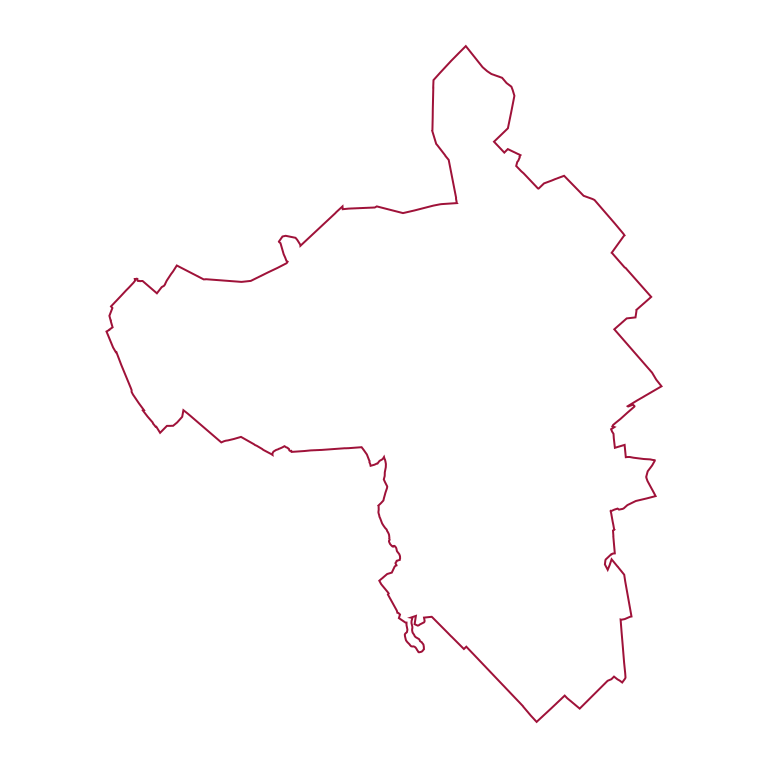 outline of Kalupes pag., Daugavpils, Latvia
{"feature_id": "27541924B69291798191186", "entity_name": "Kalupes pag.", "entity_type": "district", "adm_level": 2, "iso_a3": "LVA", "parent_name": "Latvia", "parent_adm1": "Daugavpils", "projection": "albers", "projection_center": [26.542, 56.088], "detail": "fine", "context": "isolated", "style": "outline", "palette": "rose", "viewbox_px": 768, "rotation_deg": 0, "n_neighbors": 0, "source": "geoboundaries", "source_scale": "gbopen_adm2", "svg_char_len": 6016}
<svg xmlns="http://www.w3.org/2000/svg" viewBox="0 0 768 768"><path d="M622.2,682.5L625.0,678.7L625.4,677.9L625.5,677.4L625.2,673.3L624.1,662.5L622.6,644.1L621.6,632.4L620.6,619.5L621.5,619.7L624.7,619.1L630.0,616.8L631.5,616.5L625.2,581.3L624.2,574.7L617.8,566.8L617.8,566.7L617.5,566.5L611.6,559.3L609.6,565.2L607.7,569.8L604.9,564.4L605.4,560.3L605.7,559.5L611.2,554.3L611.4,554.5L612.7,553.6L614.8,553.4L613.3,536.3L613.4,536.2L613.0,530.5L614.1,529.9L614.4,529.6L614.1,529.3L613.3,524.7L612.7,521.8L611.2,513.4L610.6,511.0L610.7,510.8L611.6,510.9L614.4,509.6L617.6,508.6L619.0,509.6L622.6,508.9L623.7,508.4L627.4,505.1L635.8,501.0L646.8,498.4L655.6,496.1L654.1,493.2L649.6,484.9L647.5,481.0L646.4,477.9L646.4,477.1L646.2,476.9L647.7,471.3L652.1,465.5L654.8,460.7L654.7,460.2L652.5,459.9L650.3,459.4L643.7,459.0L633.4,457.7L629.8,457.0L627.6,457.0L625.8,457.2L624.6,444.9L614.9,447.8L613.8,438.3L613.5,433.8L612.1,431.6L611.1,429.2L614.4,427.1L612.4,426.4L613.1,425.0L615.8,422.7L620.4,419.0L627.5,412.6L634.3,406.7L634.5,406.2L634.1,405.7L632.9,404.7L628.5,406.4L628.1,406.5L627.7,406.2L637.4,400.3L661.5,386.3L656.2,379.6L652.1,372.7L614.3,329.3L626.7,318.4L635.5,317.4L636.5,310.6L636.3,310.0L651.2,296.9L626.6,269.1L625.9,268.2L624.6,267.4L612.0,253.0L611.7,252.8L624.0,235.7L624.5,235.4L623.5,233.9L614.9,223.6L594.5,200.0L592.5,199.0L583.6,195.8L564.1,175.8L555.2,179.1L551.6,180.6L544.0,183.4L538.7,188.5L538.4,188.6L537.9,188.4L523.6,173.3L521.3,171.3L516.2,166.0L517.2,162.1L517.6,161.5L518.3,160.7L519.1,158.7L519.7,157.6L519.5,156.7L520.5,155.2L507.8,149.1L504.3,152.6L494.0,141.7L507.9,128.3L511.2,112.2L514.4,95.8L512.7,90.1L511.4,86.7L506.6,83.1L502.1,77.8L491.4,74.0L487.2,71.2L482.6,67.2L465.8,46.1L459.0,52.9L451.2,60.8L439.7,73.2L433.5,80.1L433.2,87.6L433.3,87.6L432.8,109.5L432.7,117.6L432.5,126.6L432.4,130.6L432.2,130.7L436.2,143.9L437.4,145.3L445.2,155.4L445.5,155.9L445.6,156.3L445.9,156.5L448.7,159.9L456.1,197.8L456.0,198.7L456.7,202.4L456.5,202.7L456.8,203.1L441.7,204.1L440.1,204.3L433.4,205.6L414.3,210.5L403.0,213.1L376.8,206.4L375.0,207.4L374.7,207.5L348.8,208.6L342.7,209.2L342.5,206.4L336.2,212.2L335.4,213.1L300.4,245.8L300.3,244.8L300.1,244.4L297.2,239.8L296.0,238.4L295.5,237.8L285.7,235.8L282.5,236.5L278.9,241.6L279.1,242.0L280.5,243.2L283.7,254.3L285.2,257.6L286.4,260.8L287.6,261.7L286.6,263.2L277.5,267.9L268.2,272.3L250.8,280.9L241.5,281.9L205.8,279.2L205.7,279.3L203.7,279.4L176.8,265.5L173.0,271.5L171.1,274.0L166.7,280.7L165.1,284.0L165.1,284.3L164.0,285.8L161.7,287.1L156.9,293.3L142.6,281.0L140.9,281.0L140.1,281.2L139.5,280.9L138.3,281.0L137.8,280.9L137.4,280.4L137.4,279.4L137.4,278.9L137.1,278.8L136.7,278.7L135.4,279.0L134.8,279.0L135.1,280.6L133.5,282.7L128.7,287.8L126.1,290.4L120.8,296.1L111.0,306.4L112.4,308.0L109.4,315.8L110.7,320.7L110.9,320.7L110.9,321.6L112.5,327.0L112.6,327.3L109.1,329.8L109.2,330.0L106.5,331.5L113.1,347.5L115.9,352.3L116.4,352.1L121.3,365.0L130.8,388.0L131.6,390.1L131.6,391.9L133.0,394.6L138.9,403.3L144.0,410.2L142.9,410.5L147.5,416.5L152.7,422.5L153.1,423.7L153.7,424.3L155.7,426.9L156.3,426.7L160.1,432.8L166.9,425.9L173.1,425.8L177.1,422.5L178.9,420.5L182.2,416.8L183.4,410.2L187.6,413.5L190.8,416.2L221.3,442.4L224.1,441.2L225.8,440.7L227.9,440.4L233.8,439.0L241.0,436.9L253.9,444.2L255.1,445.1L256.6,445.7L262.2,449.0L263.3,449.9L271.1,454.0L272.5,454.9L272.4,454.2L272.5,453.6L272.8,452.7L273.5,451.6L276.0,450.0L278.1,449.3L278.9,448.8L279.6,448.6L281.7,447.7L283.8,446.6L284.4,446.2L285.0,446.5L286.3,447.4L286.7,447.5L286.9,447.5L287.7,447.9L288.0,448.4L288.6,448.7L289.1,449.2L289.3,450.3L289.7,450.7L290.8,451.1L291.0,451.3L291.4,451.0L291.6,451.3L291.7,451.9L304.7,451.0L310.7,450.4L322.0,449.9L344.0,448.3L348.2,448.2L361.6,447.2L363.8,450.1L366.9,454.5L369.1,460.2L369.6,461.1L369.4,461.9L369.5,462.5L370.2,463.9L370.3,464.5L370.6,465.8L374.5,464.7L377.6,463.2L377.7,463.3L379.1,461.4L379.7,460.8L382.2,459.4L382.9,458.8L384.0,457.0L384.4,458.5L385.0,459.7L385.5,461.8L385.9,464.0L385.8,467.2L384.8,472.3L384.7,476.0L383.8,479.4L384.9,481.9L387.2,486.4L387.2,486.9L387.0,488.1L385.4,492.8L384.9,494.7L383.9,498.3L383.4,500.5L381.0,503.1L378.4,505.6L378.6,505.8L378.7,509.7L378.4,512.2L378.7,513.7L379.1,514.9L379.5,516.9L380.1,518.1L382.1,523.4L383.4,525.5L385.1,527.9L386.6,529.5L387.3,531.3L388.0,532.3L388.9,534.3L389.1,535.2L389.4,538.0L389.2,538.5L389.6,539.5L389.6,539.9L389.1,540.6L389.0,541.4L389.1,541.8L390.0,543.9L391.4,545.5L392.5,546.5L393.1,546.6L393.3,546.6L393.4,546.0L394.3,545.9L395.1,546.4L396.0,547.6L396.4,548.6L396.9,551.0L397.2,551.5L399.3,554.2L399.5,554.7L399.7,555.5L400.0,556.1L400.1,558.4L399.9,558.9L399.8,559.9L396.7,560.8L396.6,561.5L395.9,562.3L395.6,562.8L395.5,563.4L396.4,565.0L396.5,565.4L395.9,565.6L394.7,566.5L391.8,572.6L387.2,574.0L379.3,580.7L381.2,584.2L388.2,592.7L388.7,593.5L387.9,594.5L396.8,610.6L397.4,612.8L398.3,612.9L400.0,614.5L398.9,618.1L405.5,622.6L406.5,622.6L406.5,624.2L406.5,625.1L407.3,629.1L407.4,629.7L407.3,630.5L406.9,632.2L405.5,633.4L405.1,633.9L404.8,634.7L405.0,636.3L405.8,639.7L406.1,640.5L407.3,642.1L409.4,644.2L410.2,645.3L411.1,646.2L412.2,646.5L413.6,646.4L414.6,646.8L415.4,647.4L415.9,648.0L416.7,649.2L417.1,650.0L417.7,650.8L418.4,652.0L419.0,652.3L421.0,651.9L422.2,651.3L424.0,649.1L423.8,648.0L423.9,647.1L423.7,646.2L423.5,644.8L423.2,644.2L422.2,643.0L421.8,642.3L420.4,641.4L419.9,640.9L419.7,640.1L419.0,639.1L415.6,637.1L414.7,636.1L414.1,634.8L412.6,632.6L412.2,630.8L412.1,629.9L412.2,628.6L412.4,628.1L412.3,626.5L411.5,623.2L411.5,621.9L411.6,620.7L412.0,619.6L412.3,618.2L411.9,617.8L410.9,617.6L415.9,615.9L414.6,624.2L417.7,625.6L418.3,625.5L419.1,625.1L419.6,624.6L424.1,622.3L424.5,621.6L424.6,620.7L424.0,617.6L431.7,616.8L432.4,617.4L447.8,632.9L451.2,636.4L451.4,636.5L463.9,649.0L466.3,646.7L523.1,706.3L523.1,706.5L530.8,715.6L536.6,721.9L551.4,708.2L564.7,695.6L567.2,698.2L579.7,708.6L607.6,680.8L611.4,679.2L614.0,676.6L617.4,679.3L619.7,680.6L622.2,682.5Z" fill="none" stroke="#9f1239" stroke-width="2"/></svg>